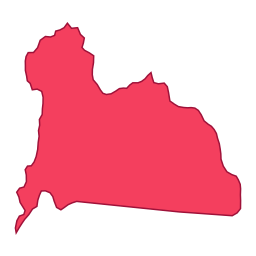 Mathias Lobato, Minas Gerais, Brazil
{"feature_id": "56859067B30184964984136", "entity_name": "Mathias Lobato", "entity_type": "district", "adm_level": 2, "iso_a3": "BRA", "parent_name": "Brazil", "parent_adm1": "Minas Gerais", "projection": "equal_earth", "projection_center": [-41.945, -18.602], "detail": "fine", "context": "isolated", "style": "filled", "palette": "rose", "viewbox_px": 256, "rotation_deg": 0, "n_neighbors": 0, "source": "geoboundaries", "source_scale": "gbopen_adm2", "svg_char_len": 1634}
<svg xmlns="http://www.w3.org/2000/svg" viewBox="0 0 256 256"><path d="M67.4,23.2L64.1,27.7L60.1,29.9L55.7,31.1L54.6,35.4L50.5,37.0L45.4,36.5L40.2,40.3L37.6,47.7L33.5,52.5L28.2,52.6L26.1,56.5L25.3,61.0L25.4,65.8L25.4,70.5L26.6,76.0L27.3,80.8L30.2,83.4L32.3,89.8L37.2,89.1L41.7,91.4L43.1,97.2L43.0,103.6L42.4,108.8L42.2,114.5L39.4,119.5L39.7,125.1L38.5,130.6L39.1,136.3L38.2,142.5L37.7,149.4L36.2,156.5L34.1,162.0L31.3,165.8L27.5,166.1L25.2,169.7L26.3,175.0L26.4,181.7L24.0,187.0L19.6,188.2L16.7,192.2L18.9,197.0L20.1,202.4L22.9,206.9L25.1,210.5L23.8,214.5L19.4,216.1L16.9,220.7L15.4,228.0L16.2,232.8L19.2,227.6L21.9,223.4L24.7,219.3L28.8,214.6L32.5,209.0L36.9,206.4L37.8,200.2L39.5,195.0L41.3,191.0L45.3,190.8L50.0,192.7L52.8,196.5L54.2,201.2L56.6,207.4L60.9,209.8L64.1,207.6L68.2,204.6L72.3,202.8L76.6,201.4L179.1,211.9L232.2,215.7L237.1,212.9L240.5,208.6L240.6,200.5L240.4,194.8L240.6,188.8L240.2,184.3L238.4,180.0L236.2,176.2L231.8,174.6L226.9,171.8L223.3,166.2L221.0,159.2L220.8,153.7L220.2,149.1L219.3,143.7L217.5,138.2L216.4,133.5L214.1,129.5L211.4,126.3L208.1,124.2L204.1,120.9L201.2,114.8L198.4,110.5L194.9,108.1L191.2,107.6L187.7,107.8L183.7,107.5L178.4,106.6L174.4,104.2L169.9,101.0L168.5,92.4L167.3,86.7L164.2,83.1L158.4,83.8L153.8,82.6L152.2,77.6L151.0,72.6L147.8,75.5L145.1,78.8L141.6,81.4L138.0,82.8L132.8,82.8L129.8,85.0L126.7,88.3L123.4,88.1L119.4,88.6L115.6,91.2L111.1,93.8L106.3,94.5L102.9,93.3L100.4,90.0L97.2,84.5L93.2,79.8L92.3,74.8L92.4,69.4L93.5,62.7L93.7,55.8L89.4,52.9L84.5,50.3L82.0,47.5L83.4,42.9L84.3,38.0L80.4,34.4L77.6,27.7L71.5,28.3L67.4,23.2Z" fill="#f43f5e" stroke="#9f1239" stroke-width="1.5"/></svg>